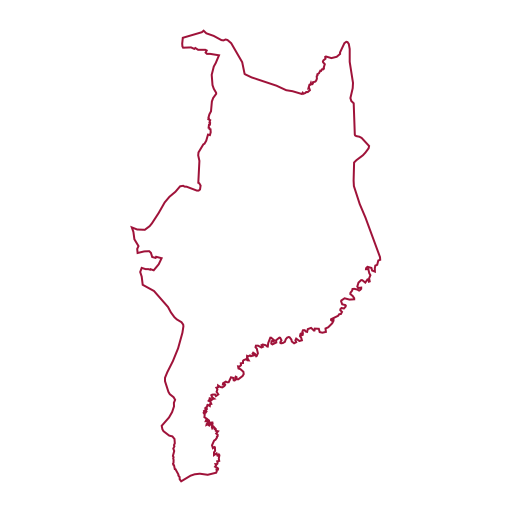 Uthumphon Phisai, Si Sa Ket, Thailand
{"feature_id": "78962969B73253531385029", "entity_name": "Uthumphon Phisai", "entity_type": "district", "adm_level": 2, "iso_a3": "THA", "parent_name": "Thailand", "parent_adm1": "Si Sa Ket", "projection": "robinson", "projection_center": [104.158, 15.11], "detail": "fine", "context": "isolated", "style": "outline", "palette": "rose", "viewbox_px": 512, "rotation_deg": 0, "n_neighbors": 0, "source": "geoboundaries", "source_scale": "gbopen_adm2", "svg_char_len": 6038}
<svg xmlns="http://www.w3.org/2000/svg" viewBox="0 0 512 512"><path d="M182.8,37.8L182.2,43.6L182.4,46.4L183.1,47.7L191.0,47.4L194.3,48.9L195.3,48.0L198.1,49.8L205.3,49.8L206.7,50.5L205.6,52.6L207.0,53.9L210.4,53.9L219.0,55.3L215.7,63.1L213.8,66.5L211.7,74.8L212.5,85.1L213.8,88.8L216.1,92.7L216.2,93.8L213.2,97.9L211.9,101.4L211.0,111.3L209.4,114.3L208.4,117.9L208.9,118.3L208.4,119.3L210.2,120.2L209.5,122.4L210.1,122.8L210.0,124.3L209.8,124.8L209.0,124.7L208.6,127.7L209.3,127.9L209.5,129.0L210.5,129.3L210.7,132.3L209.9,135.1L208.0,134.6L206.2,140.8L204.5,143.7L203.3,144.4L198.5,152.4L198.2,155.3L199.4,160.9L198.3,182.8L199.2,183.2L200.6,185.6L200.0,189.5L198.6,190.6L196.9,190.6L186.6,186.7L184.5,186.6L183.2,185.8L180.1,186.3L175.4,191.8L169.5,196.7L164.7,202.4L158.6,213.1L151.9,223.4L149.6,226.2L144.8,229.8L137.2,229.5L131.8,227.4L133.4,231.9L134.4,239.3L138.5,246.1L137.2,248.9L137.6,253.0L144.2,251.4L149.2,251.2L150.9,252.8L152.2,257.0L155.6,257.9L156.1,256.8L161.6,258.2L158.7,264.3L153.7,270.3L150.5,269.2L150.2,269.7L148.2,269.1L145.5,269.1L141.7,267.9L140.2,272.0L141.7,276.6L142.7,284.8L154.0,291.0L168.0,307.0L170.9,312.4L174.4,317.2L176.8,319.4L181.5,322.2L183.2,324.6L183.4,326.4L182.4,332.8L178.1,348.3L172.9,361.1L167.3,372.2L165.0,377.8L165.0,381.2L168.4,391.8L169.8,394.2L173.6,397.2L175.1,399.8L173.9,402.8L174.0,406.4L172.1,412.1L169.0,417.5L161.7,425.8L162.4,429.3L163.5,431.2L169.2,435.6L172.4,436.4L174.5,439.0L174.8,443.3L174.0,445.1L174.4,446.3L173.3,448.6L174.2,451.0L172.9,456.0L173.6,457.2L173.2,458.4L173.6,459.9L173.5,462.9L173.0,463.7L173.3,464.8L174.0,465.2L174.8,469.1L175.5,469.2L176.4,470.9L178.4,474.5L178.4,475.6L179.6,477.0L179.7,479.3L181.2,481.3L190.5,475.7L194.6,474.3L199.8,473.7L207.7,474.8L216.2,472.7L216.8,471.1L216.5,469.6L217.9,469.6L218.1,468.7L217.6,468.0L215.1,466.7L216.0,465.5L215.5,464.1L216.9,464.2L217.4,463.7L217.6,462.6L217.2,461.3L219.2,460.9L218.8,458.5L219.4,455.2L218.9,454.5L218.2,455.6L217.5,455.7L216.6,453.4L214.0,455.1L214.0,452.3L215.1,450.9L214.9,447.3L214.3,447.0L212.9,448.1L212.0,445.3L214.1,440.6L215.5,439.7L216.9,437.7L216.9,436.7L217.6,436.2L217.7,434.8L216.2,433.5L218.0,431.3L215.8,430.8L215.8,429.2L214.8,429.1L215.0,428.2L213.9,427.0L212.3,428.4L211.8,426.9L212.5,425.5L211.5,425.0L212.6,423.7L212.4,422.5L210.6,422.6L210.7,423.4L209.9,423.9L209.2,425.5L208.7,425.2L209.1,423.6L206.5,424.9L206.7,424.0L209.1,422.3L209.0,420.5L208.2,419.9L208.3,421.6L207.6,422.3L206.8,421.2L205.7,421.2L206.7,418.7L204.4,417.2L204.7,414.5L203.6,412.8L203.9,412.1L205.6,412.7L206.5,411.4L206.1,410.9L204.6,411.7L204.1,410.9L206.9,409.0L206.7,408.4L205.7,408.5L205.3,408.1L207.1,406.6L207.3,405.1L207.8,404.8L209.8,406.0L210.0,404.2L211.3,403.9L210.4,401.8L208.6,400.8L209.5,399.6L209.7,398.3L210.6,398.5L210.9,400.5L213.0,398.9L214.1,398.7L212.3,397.4L211.3,395.2L212.3,394.6L215.0,394.5L215.9,396.1L218.3,394.4L216.6,391.8L217.4,389.4L216.4,387.7L218.1,387.2L218.1,385.5L220.3,387.0L222.3,387.4L224.3,386.1L225.2,384.8L224.8,384.1L222.9,384.4L223.1,383.2L225.8,381.6L227.2,382.3L228.7,382.2L231.0,377.3L233.2,377.9L233.7,380.3L234.6,380.5L235.8,379.5L235.3,377.7L235.7,376.7L236.5,377.1L236.6,379.2L238.3,379.3L242.6,376.0L243.7,374.1L243.4,371.8L240.5,369.2L238.5,368.5L238.1,366.4L239.5,366.6L241.0,365.2L240.8,363.3L243.0,363.0L243.0,360.9L243.6,360.2L246.2,359.1L247.4,360.3L248.7,360.4L247.0,357.4L247.1,355.9L248.2,356.4L250.0,355.4L250.9,356.2L254.2,355.3L254.4,354.5L252.6,353.7L253.2,352.7L255.0,353.9L256.2,356.3L256.6,356.1L257.9,353.3L256.8,348.7L255.5,347.2L255.9,345.7L258.1,345.7L261.4,347.5L262.9,346.8L261.6,345.1L262.7,344.5L265.7,345.2L267.3,346.6L267.8,346.6L268.2,343.1L270.3,337.7L271.1,337.7L274.3,340.4L273.7,341.5L272.0,341.0L271.5,341.3L271.3,343.6L272.4,344.4L276.3,342.5L276.0,340.3L279.4,337.6L280.2,337.8L281.5,340.3L280.3,342.3L280.5,343.1L281.2,343.3L282.9,343.0L284.9,341.8L285.8,339.2L287.2,337.6L288.8,337.0L289.6,337.3L291.4,339.6L291.8,341.5L294.1,343.3L296.2,342.2L295.4,340.3L296.2,338.6L299.4,341.0L301.9,340.3L301.3,338.0L300.0,336.1L300.5,333.9L301.2,333.4L301.9,333.7L301.9,335.2L302.7,334.9L302.9,333.2L302.4,331.5L303.0,330.2L304.7,330.2L305.7,331.5L307.1,331.9L307.8,329.1L311.1,327.9L314.0,330.6L314.5,330.5L314.8,328.6L318.8,328.8L319.7,332.1L322.4,332.7L325.9,331.9L325.5,328.5L328.2,327.3L332.2,323.3L333.5,320.8L333.5,319.6L331.7,320.6L331.0,320.0L331.1,319.2L338.1,315.8L339.2,314.2L340.9,314.0L342.0,311.9L340.3,310.2L340.4,309.2L341.5,308.0L343.9,308.5L345.6,306.6L345.8,305.6L345.4,305.1L342.2,304.3L341.1,301.3L341.3,300.5L344.6,298.3L349.5,299.6L354.2,299.3L354.2,298.2L352.8,296.1L350.3,294.0L350.5,292.7L352.1,290.7L352.5,289.0L354.2,288.8L357.5,289.6L359.1,290.6L360.2,289.9L361.2,288.8L361.2,287.6L358.3,288.0L357.3,286.5L358.5,282.6L361.2,280.1L362.3,280.2L365.3,282.6L367.5,279.4L368.3,279.5L368.9,281.7L369.7,281.4L369.1,278.4L370.4,275.2L369.3,273.3L368.3,269.1L366.0,269.2L366.1,268.2L367.5,266.8L371.4,267.9L372.1,270.5L374.9,271.6L374.8,268.4L375.3,265.6L377.2,264.8L378.3,260.5L380.2,259.8L380.0,257.1L365.5,217.7L359.7,204.0L353.9,186.1L353.6,180.6L354.1,162.5L356.5,160.1L362.9,155.3L365.4,152.6L368.6,148.3L369.1,146.0L361.6,137.9L359.3,136.7L356.3,136.1L355.1,135.4L354.8,134.6L353.7,103.3L351.3,101.0L350.4,98.1L352.7,88.2L353.0,82.9L349.7,61.9L349.7,49.0L348.8,44.0L347.5,42.1L346.3,41.8L344.4,43.2L340.0,52.5L340.1,53.9L336.7,56.8L331.4,58.1L325.9,56.5L325.2,56.9L325.5,58.7L323.4,60.4L322.9,61.5L323.1,62.3L324.8,64.2L323.9,67.0L323.9,68.5L323.3,68.5L323.0,69.4L321.9,69.4L321.1,70.9L320.3,70.7L319.0,73.2L317.3,74.3L317.5,75.4L316.7,76.3L316.9,78.7L316.1,80.7L315.3,81.6L312.8,82.3L313.0,83.1L312.4,84.2L311.1,84.4L310.8,83.2L310.1,84.9L309.4,84.9L308.4,88.4L309.2,88.2L309.9,90.2L307.7,92.1L306.2,92.0L305.5,92.9L303.5,93.7L302.7,92.7L301.9,94.0L292.5,91.2L286.2,90.2L276.5,85.7L251.6,77.4L245.3,74.4L244.6,73.9L242.2,62.2L231.2,43.2L227.5,40.0L225.6,39.5L223.5,40.4L221.4,40.1L213.7,35.9L206.3,33.3L203.6,30.7L201.9,32.2L182.8,37.8Z" fill="none" stroke="#9f1239" stroke-width="2"/></svg>